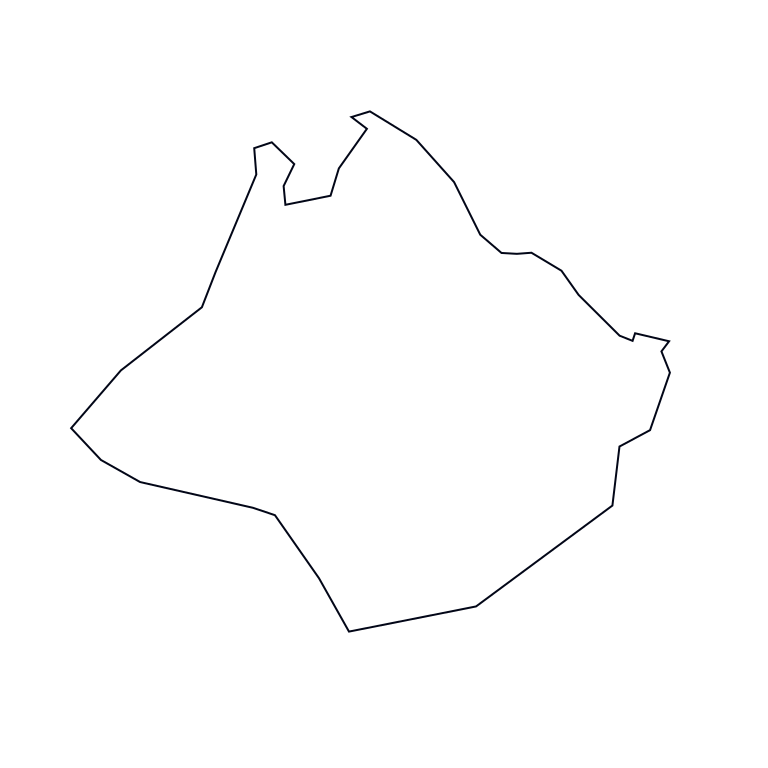 Schoharie, New York, United States of America (Natural Earth projection), rotated 297°
{"feature_id": "52423323B40222754422720", "entity_name": "Schoharie", "entity_type": "district", "adm_level": 2, "iso_a3": "USA", "parent_name": "United States of America", "parent_adm1": "New York", "projection": "natural_earth1", "projection_center": [-74.351, 42.592], "detail": "fine", "context": "isolated", "style": "outline", "palette": "ink", "viewbox_px": 768, "rotation_deg": 297, "n_neighbors": 0, "source": "geoboundaries", "source_scale": "gbopen_adm2", "svg_char_len": 646}
<svg xmlns="http://www.w3.org/2000/svg" viewBox="0 0 768 768"><g transform="rotate(297 384 384)"><path d="M607.1,233.8L603.6,252.9L555.6,245.9L527.5,250.9L498.9,214.8L514.8,204.7L539.2,204.2L548.4,174.3L535.2,161.3L512.7,175.1L407.3,183.1L369.7,186.9L276.7,143.4L202.6,125.3L187.8,166.3L185.9,211.2L214.2,323.4L217.6,346.4L181.4,414.3L147.5,465.2L227.6,567.0L379.4,642.7L435.2,622.2L463.7,642.0L523.9,633.6L539.0,616.4L551.5,618.6L543.2,584.7L535.3,585.9L534.0,572.0L551.7,517.0L565.5,490.7L567.9,455.8L560.3,443.3L554.1,429.2L560.7,402.0L595.7,354.8L616.2,302.0L620.5,247.7L607.1,233.8Z" fill="none" stroke="#020617" stroke-width="2"/></g></svg>